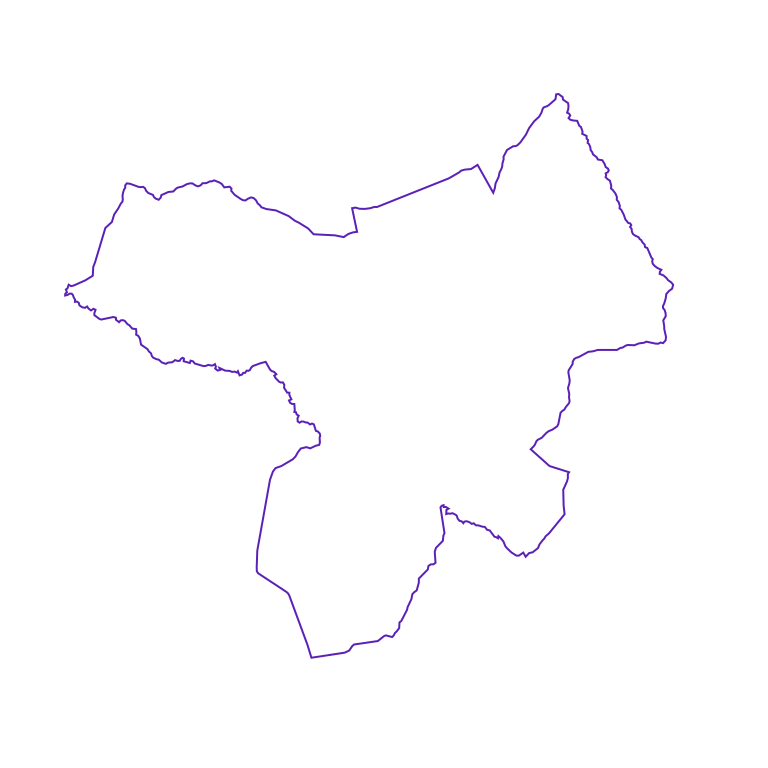 Paraíso das Águas, Mato Grosso do Sul, Brazil, rotated 171°
{"feature_id": "56859067B51876233967063", "entity_name": "Paraíso das Águas", "entity_type": "district", "adm_level": 2, "iso_a3": "BRA", "parent_name": "Brazil", "parent_adm1": "Mato Grosso do Sul", "projection": "robinson", "projection_center": [-53.129, -19.185], "detail": "fine", "context": "isolated", "style": "outline", "palette": "violet", "viewbox_px": 768, "rotation_deg": 171, "n_neighbors": 0, "source": "geoboundaries", "source_scale": "gbopen_adm2", "svg_char_len": 6138}
<svg xmlns="http://www.w3.org/2000/svg" viewBox="0 0 768 768"><g transform="rotate(171 384 384)"><path d="M679.9,531.4L681.7,527.9L683.4,527.1L682.8,524.2L684.6,523.1L685.1,521.3L682.7,521.4L680.6,522.4L678.4,522.1L677.4,520.7L676.8,517.6L675.9,515.6L676.4,513.5L674.5,513.5L672.8,512.0L672.5,509.3L670.2,507.1L667.5,506.0L665.1,507.0L664.1,504.8L661.9,502.5L659.2,503.7L657.3,502.4L659.0,499.3L659.3,497.3L654.9,492.8L653.2,491.9L640.8,492.5L638.4,491.4L638.7,489.4L636.0,486.5L634.1,488.0L631.8,487.9L630.1,486.8L628.0,483.2L626.4,482.0L624.0,478.1L620.3,477.0L620.5,473.8L621.1,471.5L619.2,470.0L618.0,467.1L617.8,460.9L612.1,455.4L611.2,453.1L609.3,450.7L608.9,447.9L607.8,446.1L604.9,444.1L602.7,443.3L600.0,440.0L596.2,438.0L594.0,438.9L589.7,438.6L586.6,440.3L584.3,439.1L582.2,438.8L580.8,440.5L578.9,441.4L577.6,440.4L578.3,437.8L572.5,435.1L571.4,437.3L569.0,436.2L567.8,433.9L559.2,429.8L556.7,429.8L554.7,430.4L551.2,429.1L549.5,429.3L547.9,430.1L547.3,427.5L548.3,425.7L546.2,423.3L543.5,423.6L544.0,425.6L538.9,422.1L534.2,421.0L532.2,419.7L529.6,419.6L527.5,418.3L526.3,419.5L525.3,415.1L522.6,415.6L521.4,417.0L519.4,416.8L517.5,418.7L515.7,418.2L514.1,418.9L512.9,420.7L510.9,422.2L503.0,423.8L497.4,424.4L494.4,416.3L493.0,414.4L490.7,413.2L488.8,410.5L491.1,409.4L490.1,406.7L487.2,402.6L485.7,401.6L483.6,401.4L482.6,398.8L483.3,395.9L481.0,390.6L478.8,390.2L479.2,388.0L477.9,383.3L480.4,382.6L479.7,380.1L478.0,378.7L475.7,378.3L476.2,372.2L476.9,370.4L475.3,369.8L475.0,367.6L473.2,366.0L474.8,363.7L475.1,360.5L473.4,359.0L471.4,359.9L469.2,359.4L467.3,358.2L465.5,357.9L463.4,355.6L461.3,356.2L459.6,355.1L458.6,348.4L456.7,347.4L455.2,345.1L455.1,342.8L456.0,341.1L456.5,336.0L457.6,334.0L461.1,333.7L466.9,332.0L470.6,333.8L476.3,333.3L479.5,330.3L482.7,326.3L485.7,324.0L498.3,319.0L504.3,317.9L507.4,314.9L511.6,307.2L535.2,239.3L538.3,223.5L538.9,219.0L538.0,216.8L513.1,194.1L511.7,192.5L510.7,190.2L500.4,138.3L498.5,125.0L464.8,124.8L460.0,126.2L456.4,130.1L454.3,131.4L430.3,131.1L423.2,135.1L421.4,135.4L415.5,132.8L413.7,134.2L412.1,136.4L410.4,137.5L407.2,140.5L406.0,146.1L404.0,147.2L396.6,157.3L395.6,159.9L390.6,167.2L388.9,171.9L387.0,173.5L384.0,175.0L380.7,182.3L380.0,186.4L369.8,193.9L368.5,197.4L366.1,198.5L363.4,198.2L361.1,199.3L360.1,210.5L358.3,214.0L350.4,219.9L349.0,225.1L347.6,227.2L347.5,253.3L346.1,254.7L344.1,255.0L344.3,253.1L342.2,252.9L339.7,250.8L342.0,249.9L342.9,245.8L340.9,246.1L338.8,245.5L336.6,245.7L334.2,244.0L332.9,242.9L332.2,239.3L330.8,237.0L328.8,236.2L327.4,234.1L326.2,235.5L323.7,235.5L321.2,234.1L319.2,232.1L317.2,232.4L315.3,230.0L313.2,229.7L308.9,227.6L306.8,227.1L304.9,223.8L302.5,222.9L298.8,215.9L297.2,215.2L295.6,213.8L294.8,215.9L293.2,214.0L290.7,209.9L289.5,204.7L288.1,202.4L284.4,197.6L280.1,193.8L277.6,193.4L272.8,195.7L271.1,191.2L267.1,194.3L263.6,194.5L257.6,197.8L255.4,201.4L251.6,205.0L249.9,206.2L248.2,208.3L244.5,210.6L226.0,227.1L225.6,235.9L223.5,251.5L218.4,259.3L217.0,262.6L216.6,266.2L215.0,267.9L233.4,277.1L249.3,296.6L246.2,298.8L244.6,300.3L242.2,303.9L240.7,304.9L236.8,306.1L231.4,310.2L228.9,311.6L224.8,312.6L219.6,315.1L218.1,317.1L214.1,328.0L212.0,329.6L210.0,330.4L208.0,332.8L204.3,336.1L203.4,337.9L203.3,342.3L202.6,345.0L202.9,351.2L200.7,355.9L200.0,358.6L200.1,366.7L199.4,368.7L194.6,374.2L194.1,376.5L192.3,378.9L190.0,379.8L187.6,380.1L177.2,383.8L172.4,383.6L167.5,384.2L148.6,381.2L144.7,382.7L142.8,382.6L139.2,384.1L137.2,384.4L130.6,383.1L125.9,384.2L120.4,384.1L118.4,384.8L109.1,381.3L106.6,380.9L104.4,381.7L102.0,380.7L99.0,383.1L98.1,386.4L98.6,394.5L98.2,397.1L98.2,403.2L95.1,406.9L94.8,410.0L95.3,413.3L96.5,415.3L96.3,417.3L94.7,419.6L92.5,424.1L91.1,428.7L88.1,431.2L84.5,433.1L82.9,436.8L84.3,439.3L87.3,442.3L88.4,444.4L90.9,447.5L94.5,449.6L93.9,451.8L92.2,453.4L95.9,455.9L98.0,458.0L99.8,460.8L99.9,463.4L99.0,465.2L100.1,466.9L102.7,477.2L104.7,478.3L104.8,481.0L106.5,483.3L107.5,486.0L108.9,487.3L109.6,489.2L112.9,491.4L114.6,493.1L115.3,495.5L115.2,498.6L116.4,500.6L114.9,502.2L115.7,504.1L117.5,504.8L119.8,508.7L120.7,513.7L122.4,518.9L123.9,520.7L123.2,523.0L123.8,527.0L125.3,529.5L124.7,532.3L125.6,535.9L127.7,539.8L129.2,541.6L128.5,544.4L129.1,549.5L131.0,551.2L132.8,553.7L131.9,555.5L132.1,557.4L129.8,558.2L128.6,559.8L129.1,561.7L131.1,563.6L131.6,566.5L133.3,570.8L137.7,572.3L138.5,574.8L141.7,578.1L142.0,580.2L143.3,582.8L143.2,585.7L144.0,588.9L145.2,590.3L144.2,592.9L145.5,594.7L145.1,597.3L149.1,600.1L148.4,602.2L149.3,607.1L150.7,608.4L152.0,613.7L156.0,614.7L158.7,615.9L160.1,617.8L158.1,620.0L158.8,622.0L160.7,623.3L159.1,626.4L158.3,629.6L158.2,632.6L162.7,636.9L162.7,639.5L166.2,643.1L168.6,643.2L170.1,638.4L177.8,633.6L179.4,632.9L182.7,632.3L184.0,631.3L186.1,627.3L188.9,623.8L194.6,620.0L200.7,614.0L204.8,608.1L211.5,601.3L214.8,599.0L216.6,598.4L219.3,598.6L225.9,595.9L230.4,589.8L230.7,587.2L232.6,583.1L233.2,580.4L234.7,577.6L236.7,575.0L238.5,570.4L242.4,564.7L244.0,559.8L246.2,555.8L257.3,585.8L264.4,582.7L270.6,583.1L274.3,582.7L276.8,581.2L287.7,577.0L363.3,559.9L365.7,560.4L369.9,559.8L375.3,559.9L380.7,560.9L384.6,562.7L388.0,562.6L386.8,538.5L391.0,538.6L395.6,537.8L400.8,535.4L409.2,538.5L430.1,542.9L434.6,549.5L442.7,556.5L446.5,559.2L451.8,564.7L463.7,572.4L472.8,575.2L477.4,577.7L478.6,579.9L480.5,582.1L481.6,585.3L483.7,588.1L486.3,589.1L489.6,588.2L492.0,587.0L494.3,587.5L496.3,588.9L502.0,594.3L504.7,598.8L504.1,600.8L505.5,603.0L511.0,603.2L513.0,607.0L515.2,608.9L519.9,611.7L522.2,611.1L524.1,611.4L528.2,610.2L531.8,610.7L534.1,608.9L536.8,608.3L539.4,609.8L541.7,612.0L543.9,612.5L547.2,612.3L552.1,610.6L556.7,610.3L558.5,609.7L562.0,607.1L566.9,607.4L574.3,605.4L575.4,603.0L577.7,601.2L580.6,602.9L582.0,604.7L582.6,606.9L586.9,609.5L588.7,612.0L589.5,614.9L591.1,616.4L593.8,616.5L595.8,617.2L603.5,621.5L606.7,622.4L608.5,620.7L608.9,618.3L610.4,616.6L611.6,614.2L612.8,611.0L613.1,607.3L613.8,605.0L615.7,603.4L618.9,599.1L624.0,593.6L627.4,586.6L634.8,581.7L650.2,549.7L652.9,545.0L654.7,536.5L662.8,533.1L675.1,529.8L677.7,529.6L679.9,531.4Z" fill="none" stroke="#5b21b6" stroke-width="2"/></g></svg>